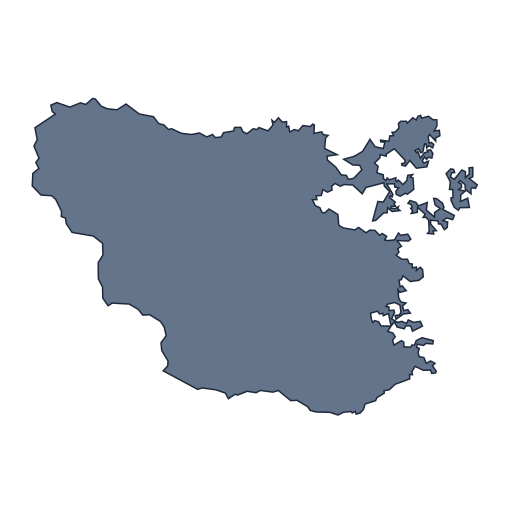 Müna, Ngöbe Buglé, Panama (orthographic projection), rotated 269°
{"feature_id": "35544464B46003057824195", "entity_name": "Müna", "entity_type": "district", "adm_level": 2, "iso_a3": "PAN", "parent_name": "Panama", "parent_adm1": "Ngöbe Buglé", "projection": "orthographic", "projection_center": [-81.616, 8.422], "detail": "fine", "context": "isolated", "style": "filled", "palette": "slate", "viewbox_px": 512, "rotation_deg": 269, "n_neighbors": 0, "source": "geoboundaries", "source_scale": "gbopen_adm2", "svg_char_len": 6136}
<svg xmlns="http://www.w3.org/2000/svg" viewBox="0 0 512 512"><g transform="rotate(269 256 256)"><path d="M121.1,276.0L110.8,288.2L111.0,294.4L104.3,305.2L100.7,307.4L99.0,313.2L98.4,327.2L95.6,335.2L98.3,340.9L98.8,348.3L97.4,349.5L98.9,352.5L96.2,353.3L97.1,357.3L100.6,360.7L106.1,362.5L109.3,373.1L112.2,374.3L116.6,381.8L119.0,381.7L120.0,387.0L125.3,392.8L130.5,407.6L134.7,407.5L134.6,410.4L137.6,409.8L142.9,413.2L138.8,421.3L138.9,428.5L135.6,429.7L135.9,433.5L137.7,434.2L143.1,430.5L145.5,433.1L148.0,428.7L145.8,424.3L151.5,422.1L152.5,417.5L156.7,416.3L160.7,417.7L161.8,415.0L165.1,415.7L163.6,421.9L165.6,424.3L165.0,431.2L168.3,431.8L171.4,420.6L168.6,414.7L164.1,412.9L164.2,410.2L162.1,409.2L162.7,402.3L167.4,402.2L168.8,399.9L164.5,392.3L169.6,391.1L172.8,393.8L176.6,391.5L178.3,386.4L182.3,389.0L183.6,388.1L183.9,379.8L188.1,377.4L189.3,373.5L187.5,371.6L190.7,370.3L196.8,369.5L198.7,376.4L195.9,378.5L196.5,381.8L194.1,382.2L196.2,387.5L183.6,389.8L187.6,393.2L182.5,395.9L180.6,402.9L183.6,404.7L183.3,409.4L178.1,411.2L183.0,421.2L187.8,419.2L186.9,412.5L189.4,407.1L185.9,405.3L188.1,400.7L187.2,396.2L190.9,390.5L197.2,393.6L199.5,392.9L199.1,388.1L202.8,388.0L203.2,385.0L205.6,387.0L207.1,393.8L204.4,399.1L197.4,399.9L194.6,398.5L194.1,394.1L190.3,394.9L195.5,402.4L196.1,409.3L199.7,406.9L198.8,402.9L203.4,401.6L206.4,405.1L207.5,400.1L211.2,398.0L219.7,397.3L217.1,399.2L218.7,405.6L223.6,401.6L222.6,399.5L229.3,398.6L229.8,401.0L233.6,402.5L227.8,409.8L228.8,418.4L232.3,422.9L239.6,422.3L241.9,420.1L238.7,416.1L242.1,416.3L241.5,412.1L245.3,412.1L245.7,409.1L250.1,407.4L250.2,401.9L254.2,396.2L257.5,399.0L260.9,397.8L263.2,401.6L269.0,397.4L268.3,408.7L270.2,411.1L275.2,408.1L274.2,400.9L276.5,398.9L269.7,394.8L269.1,387.8L269.8,384.9L273.4,387.0L276.3,382.6L274.5,379.9L279.5,375.4L279.9,370.3L277.3,366.4L282.8,359.1L280.4,355.4L282.5,343.9L285.3,339.3L296.1,338.6L301.7,329.8L297.7,325.3L298.7,322.6L303.2,320.7L305.3,316.2L311.3,313.3L311.3,317.9L315.0,317.1L315.5,322.4L321.2,324.0L318.6,328.6L320.6,333.2L324.5,332.9L327.1,336.3L324.3,341.6L325.9,345.3L325.3,354.0L316.3,363.3L322.6,367.2L327.0,385.2L323.8,385.5L318.0,390.7L307.7,384.2L308.4,378.8L289.0,373.2L289.6,376.4L296.8,384.3L296.9,387.9L302.0,388.5L298.1,392.9L298.9,400.8L300.9,398.6L302.9,399.3L300.9,395.9L301.5,391.7L303.3,391.9L303.3,396.3L306.1,394.9L307.3,396.2L312.3,390.4L313.9,391.5L312.7,393.1L315.2,394.0L325.7,388.0L325.8,395.8L322.6,395.9L321.8,399.7L318.1,396.9L315.1,397.3L313.3,401.2L316.1,406.4L315.1,408.4L319.9,414.9L331.2,414.4L332.1,411.7L334.7,414.0L334.0,409.1L328.8,408.1L324.9,404.2L329.5,399.5L327.9,398.3L328.9,397.0L331.8,397.2L329.8,390.7L331.7,388.5L329.2,387.2L331.1,384.8L335.0,384.7L337.1,378.3L343.5,379.7L346.9,376.1L352.0,381.6L355.1,381.8L353.6,387.9L355.6,388.0L360.8,396.2L349.3,406.6L346.4,406.5L345.9,403.4L344.1,403.5L343.3,407.0L348.8,411.5L341.0,417.9L342.2,428.4L347.8,430.1L346.0,425.3L348.4,424.0L352.1,426.2L349.6,428.3L351.8,429.9L350.8,433.5L355.4,434.6L359.1,432.5L358.7,429.0L357.3,429.9L356.2,426.1L350.9,422.0L357.8,419.6L356.5,418.4L358.6,416.7L360.5,420.4L356.3,422.6L357.2,424.6L365.1,426.5L365.2,427.9L361.1,428.6L363.3,430.6L361.0,434.5L364.5,435.7L366.5,433.3L365.7,431.1L372.1,430.3L374.4,431.6L367.8,437.7L370.9,437.5L373.1,442.0L378.5,441.5L377.9,436.4L383.1,439.2L389.0,439.2L389.2,435.3L392.7,430.9L390.9,423.9L393.7,423.1L392.9,420.4L389.2,418.6L391.5,415.2L386.2,409.7L388.1,408.7L388.2,403.2L386.1,400.7L381.3,401.1L377.6,397.4L377.3,394.2L374.0,395.8L373.7,391.8L368.4,390.9L369.7,382.5L367.9,382.8L367.5,386.9L361.2,385.1L363.2,376.9L370.7,372.0L358.8,364.5L354.0,356.1L351.2,345.4L345.3,354.4L344.9,361.3L340.3,363.3L331.9,355.0L331.0,349.8L335.0,347.7L335.7,342.6L343.5,337.3L350.7,329.1L354.6,328.7L355.9,338.9L362.3,326.5L373.0,327.7L375.3,330.2L376.2,325.3L379.0,323.9L377.6,316.1L386.1,316.6L386.9,315.1L384.5,312.5L385.6,305.1L380.5,300.6L381.8,296.5L379.3,291.9L385.2,290.9L384.4,288.8L389.8,288.9L389.4,284.7L393.8,280.8L389.3,276.8L391.5,274.3L386.6,275.2L380.9,270.2L384.4,261.2L382.4,259.2L383.3,255.4L378.4,249.1L380.5,245.1L384.9,243.0L384.9,236.8L381.4,235.7L379.9,225.7L375.6,223.3L375.1,217.4L378.3,214.6L375.9,208.9L380.0,201.6L378.6,193.7L380.0,183.5L384.8,173.7L383.9,170.8L388.7,166.2L390.1,161.0L397.1,155.9L400.0,141.8L410.2,128.7L404.6,119.6L405.8,110.0L408.4,103.9L415.8,98.1L416.4,95.5L410.5,88.4L412.2,83.2L408.1,72.5L412.9,59.5L410.4,53.5L404.0,54.8L401.4,57.9L388.1,37.2L376.2,39.3L369.8,35.9L357.6,40.7L353.3,37.5L347.3,40.4L342.5,34.3L330.0,33.5L320.7,42.1L319.8,52.9L316.0,56.8L303.9,62.4L298.9,62.0L297.2,66.2L291.6,66.9L282.8,72.5L278.8,93.7L271.4,102.8L259.7,103.0L252.1,98.1L235.8,98.0L227.7,102.0L216.5,102.1L208.8,107.3L211.4,111.3L210.2,128.3L204.7,137.3L198.9,141.7L199.1,148.7L192.1,159.5L186.4,163.0L177.8,164.8L170.9,159.5L163.2,160.1L152.6,166.2L147.7,165.8L142.8,161.2L123.7,195.3L125.0,200.0L122.9,213.6L119.5,223.0L113.8,225.9L118.1,232.6L117.3,235.3L120.9,244.8L119.3,253.8L121.5,258.0L119.6,270.4L121.1,276.0ZM300.8,470.2L310.1,468.7L307.0,461.4L313.6,461.9L317.2,466.3L318.8,459.8L321.0,462.8L324.5,462.5L326.0,459.7L327.8,461.4L323.8,466.2L318.9,466.5L314.4,472.1L319.0,472.0L320.5,473.3L319.8,476.7L323.3,478.5L329.7,470.6L331.4,474.1L340.8,474.3L340.4,470.5L334.3,470.7L330.7,466.8L336.6,466.9L338.4,463.3L329.2,455.6L331.6,451.8L335.7,453.0L336.0,456.1L339.1,455.1L339.7,452.2L335.0,447.5L326.7,451.6L319.1,450.6L319.0,453.9L311.0,454.0L310.7,452.0L308.2,452.0L301.2,455.1L298.2,459.2L300.7,460.6L300.8,470.2ZM275.6,427.9L274.9,434.1L277.9,433.5L278.2,436.8L284.8,431.2L288.7,431.1L288.0,438.5L284.8,439.1L284.8,441.5L279.0,444.8L281.2,447.7L286.7,448.2L288.1,443.5L290.7,447.2L288.9,453.3L293.1,455.0L299.3,443.6L301.3,444.8L305.5,443.4L310.1,437.7L310.5,434.6L303.8,436.1L300.2,441.1L296.4,435.3L291.8,435.2L299.0,427.1L306.5,428.2L303.3,419.1L306.8,416.8L308.8,410.9L305.9,408.9L304.9,412.0L301.4,413.0L301.0,411.5L298.2,413.4L295.8,411.9L296.8,418.0L301.8,418.4L294.9,425.9L291.7,423.8L291.7,426.6L288.8,429.3L277.6,429.6L275.6,427.9Z" fill="#64748b" stroke="#1e293b" stroke-width="1.5"/></g></svg>